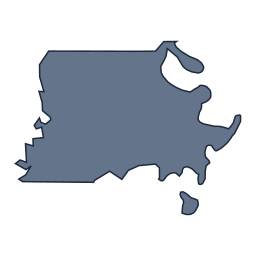 Madison, Louisiana, United States of America
{"feature_id": "52423323B38488721572151", "entity_name": "Madison", "entity_type": "district", "adm_level": 2, "iso_a3": "USA", "parent_name": "United States of America", "parent_adm1": "Louisiana", "projection": "albers", "projection_center": [-91.092, 32.342], "detail": "fine", "context": "isolated", "style": "filled", "palette": "slate", "viewbox_px": 256, "rotation_deg": 0, "n_neighbors": 0, "source": "geoboundaries", "source_scale": "gbopen_adm2", "svg_char_len": 2435}
<svg xmlns="http://www.w3.org/2000/svg" viewBox="0 0 256 256"><path d="M42.2,102.7L42.5,110.7L50.4,117.3L50.7,119.9L45.7,124.1L40.9,122.4L39.4,118.0L34.2,125.3L36.3,128.9L41.6,127.2L43.5,137.6L33.0,138.7L33.2,145.9L25.5,143.7L26.5,162.3L20.1,160.0L15.4,163.6L26.0,169.6L31.1,165.8L25.7,174.9L18.8,179.1L22.5,181.6L36.6,181.8L93.5,182.3L94.7,180.3L109.6,171.2L121.9,179.4L128.3,170.4L138.9,165.6L155.4,164.1L159.4,167.7L159.5,177.7L158.6,179.0L160.8,180.7L161.9,180.7L162.2,180.8L163.7,180.2L166.4,176.4L169.2,174.0L171.9,173.0L174.8,172.8L176.1,173.2L179.3,176.1L181.4,173.7L182.1,172.4L182.5,169.9L183.0,168.5L184.2,167.3L186.7,166.8L188.3,167.1L190.8,168.2L192.5,169.2L196.4,173.1L197.6,173.9L198.7,174.3L198.0,178.3L198.5,183.0L198.9,184.0L199.6,184.3L200.6,184.4L201.5,184.1L202.5,183.6L202.8,183.2L205.1,178.7L205.2,173.1L205.2,171.1L206.1,166.3L207.5,164.5L209.5,163.1L209.7,162.8L209.1,160.8L206.3,157.8L205.9,157.2L205.2,155.9L204.9,152.1L206.0,147.6L206.4,146.7L207.5,145.6L208.0,145.4L209.0,145.2L211.4,145.5L211.8,145.7L212.4,146.9L214.3,149.6L215.1,150.5L215.7,150.8L216.8,150.7L221.4,148.0L225.3,144.7L227.3,142.8L230.9,138.1L231.8,136.5L234.7,133.2L240.5,121.6L240.6,115.9L239.8,115.0L236.2,115.6L235.2,116.6L233.3,122.9L230.1,127.2L228.5,128.8L225.6,127.8L221.1,126.6L218.4,126.3L214.6,126.3L204.0,124.0L201.7,123.1L199.5,121.7L198.4,119.9L198.1,118.9L198.1,117.6L199.4,112.3L200.8,109.8L201.3,108.2L201.6,106.4L201.5,103.6L205.9,101.9L208.0,100.4L209.1,99.4L210.2,98.0L210.7,96.9L210.8,95.4L210.6,91.9L210.5,91.3L209.9,90.2L209.6,89.7L206.6,86.7L205.0,86.0L201.6,85.3L199.9,85.5L198.0,87.3L194.1,89.4L190.9,91.7L189.8,92.0L182.1,90.1L176.4,87.5L172.6,85.4L168.1,82.2L163.6,77.0L162.6,75.4L161.3,72.7L160.8,68.0L161.0,66.0L164.2,60.2L166.1,56.0L167.3,48.6L177.3,57.0L182.7,66.0L184.4,67.8L187.0,69.8L191.6,71.8L198.1,73.0L200.7,72.3L202.6,70.8L203.7,67.7L203.3,66.0L201.2,62.7L197.2,59.6L189.1,56.3L180.7,51.1L176.2,47.1L174.3,43.1L176.5,41.5L163.8,41.6L155.4,51.2L133.5,51.3L98.4,51.2L48.7,51.1L39.5,64.7L39.7,76.9L43.9,91.7L39.0,91.3L42.2,102.7ZM189.5,214.4L190.7,214.2L193.0,213.2L193.8,212.6L195.7,210.3L197.5,206.8L198.0,205.7L198.3,204.4L197.6,200.2L194.1,198.7L191.4,198.0L189.1,195.9L185.8,193.3L183.0,191.8L180.6,192.2L180.1,194.6L181.2,197.5L183.2,200.0L183.6,202.8L183.0,204.8L182.7,205.2L182.0,213.0L182.4,213.2L184.7,214.0L186.7,214.5L189.5,214.4Z" fill="#64748b" stroke="#1e293b" stroke-width="1.5"/></svg>